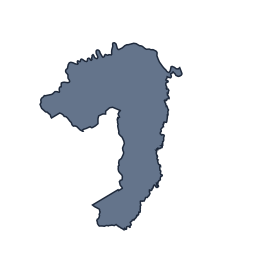 Costa Marques, Rondônia, Brazil, rotated 149°
{"feature_id": "56859067B33157689902000", "entity_name": "Costa Marques", "entity_type": "district", "adm_level": 2, "iso_a3": "BRA", "parent_name": "Brazil", "parent_adm1": "Rondônia", "projection": "equal_earth", "projection_center": [-64.068, -12.086], "detail": "fine", "context": "isolated", "style": "filled", "palette": "slate", "viewbox_px": 256, "rotation_deg": 149, "n_neighbors": 0, "source": "geoboundaries", "source_scale": "gbopen_adm2", "svg_char_len": 5858}
<svg xmlns="http://www.w3.org/2000/svg" viewBox="0 0 256 256"><g transform="rotate(149 128 128)"><path d="M183.9,42.8L182.7,43.8L182.4,43.2L182.3,42.4L181.7,42.1L181.2,42.2L180.5,43.6L180.1,43.9L178.7,43.7L178.2,43.3L177.6,41.9L177.2,41.9L176.7,43.1L175.2,43.3L174.9,43.9L174.9,45.1L174.7,45.9L174.2,46.2L173.1,46.0L171.9,46.8L171.2,46.6L170.7,46.8L170.6,46.2L170.1,46.0L168.6,46.8L168.0,46.8L166.6,47.4L166.1,48.1L165.5,48.5L165.1,47.9L164.5,48.0L164.1,48.5L163.5,48.4L162.1,50.3L161.2,49.6L160.8,49.8L159.8,51.2L159.5,52.1L158.6,53.0L158.0,54.3L157.6,54.9L157.0,54.9L156.6,55.4L156.4,56.6L155.2,58.8L154.6,58.8L153.5,57.8L153.1,57.9L151.8,57.1L149.5,58.6L149.0,59.2L148.5,59.3L147.2,58.5L145.7,59.2L145.2,59.1L142.9,60.5L142.6,62.2L141.5,63.8L141.0,63.3L140.9,62.7L140.4,62.5L139.2,62.7L138.5,63.7L137.5,63.7L136.0,65.2L135.0,65.6L134.9,65.1L134.4,65.1L134.3,62.5L133.6,62.0L133.1,61.9L131.9,62.3L131.6,63.3L132.1,63.7L132.5,63.5L132.6,64.2L132.1,65.7L131.7,65.1L131.1,64.9L130.6,65.5L130.7,66.2L129.7,66.2L128.6,67.0L127.7,66.8L126.9,67.0L126.4,68.1L124.9,69.6L123.8,69.3L123.1,69.6L122.9,70.2L123.8,71.2L123.5,72.5L122.1,74.1L122.1,75.0L122.4,75.4L121.0,78.1L120.4,78.8L119.9,78.2L119.5,79.0L119.6,79.9L120.4,80.9L120.3,82.2L119.6,84.6L118.6,85.1L119.1,85.9L119.0,86.8L117.4,88.3L117.2,89.1L117.6,89.2L117.1,90.6L117.0,91.4L116.1,92.7L115.7,92.8L115.4,93.5L115.5,94.4L115.1,94.1L114.7,94.5L114.2,94.2L114.2,95.2L113.7,95.3L113.4,94.6L112.9,95.4L112.6,95.2L112.6,94.4L112.1,94.2L111.7,94.4L111.2,93.9L110.3,94.1L109.1,93.7L108.5,94.0L108.1,94.6L108.7,95.7L107.9,95.4L107.3,96.4L106.9,95.7L105.3,98.5L104.8,98.3L103.9,98.9L103.0,100.2L102.8,101.0L100.9,102.7L100.8,103.5L101.7,104.5L102.7,104.6L103.0,105.2L102.9,105.8L103.3,106.3L103.1,107.1L102.0,107.9L101.4,107.8L100.8,108.8L100.7,109.8L100.2,110.1L97.5,111.0L96.9,110.8L96.1,113.1L95.4,113.0L94.9,113.4L94.7,114.2L94.0,114.5L92.2,113.1L91.6,113.4L88.9,116.7L87.6,118.8L87.3,118.4L86.7,118.9L85.4,121.6L84.2,122.4L83.9,122.9L84.1,123.5L83.4,126.6L84.0,126.8L83.6,127.3L83.6,128.7L83.1,129.5L83.2,131.1L82.6,132.9L82.1,132.9L82.2,132.0L81.3,131.9L80.6,131.9L80.3,132.8L78.6,132.4L77.7,133.2L77.4,132.4L77.1,132.9L77.0,134.7L77.3,135.8L76.4,137.5L76.0,136.9L75.5,137.2L74.6,138.5L73.7,139.0L73.5,140.5L73.8,140.9L74.9,141.5L74.7,142.2L74.3,141.9L73.7,142.9L73.5,145.2L72.6,146.8L72.2,147.1L69.9,146.9L69.5,147.5L69.7,148.2L70.3,148.0L70.7,148.7L70.8,149.3L70.6,149.9L68.7,150.9L68.0,151.8L67.1,150.4L66.6,150.1L66.2,149.5L65.7,149.1L65.2,149.2L64.5,149.6L64.1,150.3L63.7,152.4L63.3,152.6L62.3,152.2L60.9,152.9L60.4,152.8L60.4,152.1L59.8,150.5L59.8,148.4L58.6,146.6L57.9,146.1L56.4,145.8L55.0,145.9L54.1,146.4L53.7,147.0L53.4,148.5L52.6,153.1L54.6,152.8L56.2,153.9L57.0,156.1L58.5,158.1L59.5,158.3L62.3,155.3L63.8,154.6L64.4,154.5L65.2,155.5L65.6,156.7L65.7,158.6L66.2,160.0L66.7,162.9L67.1,168.3L66.7,171.5L66.0,175.1L64.3,177.5L64.2,178.6L64.4,179.5L65.6,181.4L66.3,182.4L66.9,182.5L68.4,183.7L69.1,184.7L71.7,186.0L72.6,187.6L73.6,190.5L74.6,191.8L75.8,192.7L77.6,196.1L79.5,197.7L84.7,199.2L86.2,200.0L88.3,200.2L91.6,199.6L95.4,199.9L96.0,200.4L96.2,201.8L95.0,206.2L95.6,207.9L96.9,208.6L97.9,208.0L99.0,205.8L101.3,203.7L102.5,202.2L104.1,199.5L104.7,199.3L106.6,200.7L107.8,200.7L109.6,202.7L110.7,202.4L111.3,201.6L111.9,201.4L113.0,201.5L113.3,202.2L113.3,206.3L112.9,208.1L113.0,209.4L113.3,210.0L114.1,210.7L114.8,210.8L115.4,210.6L116.1,209.8L116.8,208.3L117.2,204.7L117.6,203.9L118.6,203.4L119.2,203.6L120.2,205.1L120.3,205.9L120.0,208.2L120.2,208.9L121.4,208.7L122.0,207.7L123.2,206.7L123.6,205.3L124.6,204.9L125.0,205.2L125.1,207.1L125.4,207.8L126.0,208.2L126.9,208.2L128.6,206.3L129.3,206.3L130.6,207.6L131.6,210.0L132.2,210.9L132.7,211.1L133.2,211.0L134.8,209.6L135.2,209.7L136.4,211.4L137.0,211.3L137.5,210.5L137.7,208.8L138.5,208.7L140.3,210.3L141.3,211.9L142.6,213.3L143.5,213.9L144.7,214.1L146.6,213.1L149.3,210.2L151.0,210.0L152.2,209.0L152.5,208.0L152.5,207.2L152.2,205.8L152.1,204.5L153.6,201.9L153.8,201.2L153.6,199.4L153.9,198.1L154.5,197.6L155.0,197.5L156.3,197.9L159.2,200.2L160.8,200.8L161.9,200.9L162.6,200.1L164.0,197.8L165.0,198.2L166.2,197.7L167.0,196.7L167.9,194.6L168.4,194.1L168.9,194.3L170.2,195.8L171.8,196.8L174.9,196.1L176.1,196.1L182.1,198.2L183.1,198.9L184.3,198.3L186.4,198.1L187.9,197.4L188.6,196.4L189.2,194.8L191.2,193.5L191.9,189.4L190.5,184.7L190.2,184.1L188.9,183.0L188.7,181.3L188.0,180.3L187.9,179.2L188.4,177.1L188.4,176.0L178.9,176.0L177.7,174.6L176.9,172.8L176.7,170.8L175.3,169.6L174.7,167.8L174.3,163.9L173.8,161.9L174.3,159.7L174.1,158.4L173.8,157.7L172.3,157.0L171.2,155.7L170.1,151.2L168.6,148.6L168.2,148.4L168.2,149.6L166.8,149.8L164.0,149.1L159.8,148.6L159.2,147.1L158.3,146.7L154.8,146.6L151.5,147.2L149.0,151.4L146.9,153.5L142.3,153.0L140.0,151.5L138.5,153.9L133.4,154.8L130.5,153.7L125.6,147.0L126.5,146.5L127.0,146.7L128.8,145.3L129.3,145.2L129.6,143.6L129.5,142.4L129.7,141.7L131.1,142.0L131.4,141.5L131.6,142.0L131.9,141.6L132.5,141.3L132.9,140.8L133.6,138.8L134.2,138.0L134.5,136.3L135.4,135.6L135.7,134.9L136.0,134.5L137.7,129.5L138.5,128.7L138.8,127.4L138.5,125.5L137.8,123.1L138.3,118.8L139.2,116.5L143.0,113.6L144.0,111.2L144.1,109.7L145.1,108.2L149.3,105.3L152.2,104.9L154.0,102.9L154.8,100.6L156.1,100.3L157.0,98.5L157.5,98.1L158.2,96.1L158.3,95.3L158.2,94.1L157.5,90.9L157.8,89.3L159.6,86.8L160.1,86.7L161.7,87.1L162.1,86.7L163.0,86.5L164.1,83.0L163.7,80.1L164.0,79.2L168.3,79.2L168.3,80.2L198.1,80.3L197.2,77.9L194.6,73.6L194.4,72.8L195.1,71.3L195.1,70.4L197.2,68.8L197.5,67.6L198.8,66.3L200.3,65.5L201.3,65.6L202.4,64.7L202.7,63.1L203.2,62.3L203.4,61.4L203.3,59.3L203.0,58.7L200.7,57.4L198.8,55.9L196.9,55.7L195.9,55.0L195.3,54.2L194.7,54.3L192.6,53.3L191.9,53.2L190.0,51.4L187.9,51.4L187.4,49.8L187.0,49.2L187.0,48.5L186.2,47.6L185.3,45.4L184.8,44.9L183.9,42.8Z" fill="#64748b" stroke="#1e293b" stroke-width="1.5"/></g></svg>